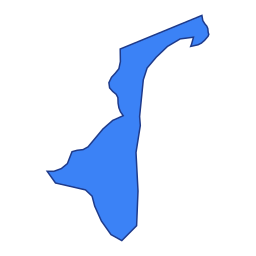 outline of South Abaco
{"feature_id": "BHS-5016", "entity_name": "South Abaco", "entity_type": "District", "adm_level": 1, "iso_a3": "BHS", "parent_name": "The Bahamas", "parent_adm1": "", "projection": "robinson", "projection_center": [-77.194, 26.12], "detail": "fine", "context": "isolated", "style": "filled", "palette": "blue", "viewbox_px": 256, "rotation_deg": 0, "n_neighbors": 0, "source": "natural_earth", "source_scale": "10m", "svg_char_len": 762}
<svg xmlns="http://www.w3.org/2000/svg" viewBox="0 0 256 256"><path d="M201.9,15.4L202.8,20.6L204.8,23.8L206.8,26.2L207.8,28.6L208.2,32.5L208.8,34.3L208.1,36.2L204.7,40.2L201.4,43.1L198.0,44.8L190.7,46.4L191.5,44.4L193.5,37.2L180.2,38.9L167.5,46.4L156.3,57.1L147.1,68.0L143.3,79.8L139.6,116.5L140.3,125.5L136.0,152.5L138.0,191.1L136.6,225.7L121.8,240.6L111.0,234.6L101.4,221.0L94.7,206.1L92.1,196.2L85.5,189.9L55.5,183.0L47.2,171.3L53.9,171.3L61.3,168.6L67.4,163.6L72.0,151.7L77.1,150.3L83.1,149.6L88.0,146.9L103.0,128.9L112.7,120.4L123.2,115.7L120.5,111.8L118.9,107.8L118.1,103.3L117.9,97.6L116.2,94.3L112.7,91.4L109.6,87.9L108.9,82.7L111.5,77.3L115.3,73.2L118.9,68.7L120.4,61.6L120.2,49.0L201.9,15.4Z" fill="#3b82f6" stroke="#1e3a8a" stroke-width="1.5"/></svg>